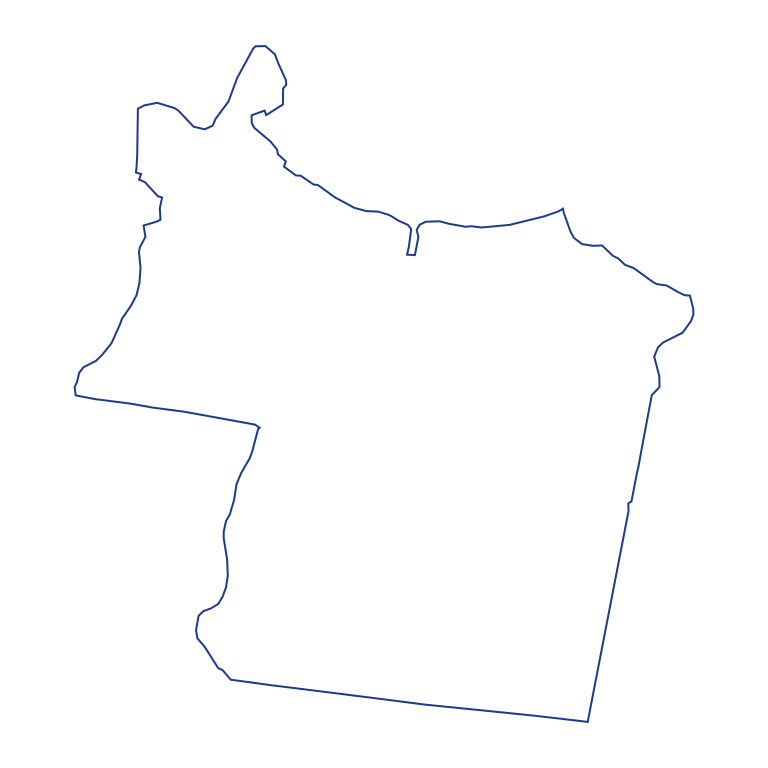 Central Honiara, Capital Territory (Honiara), Solomon Islands (Natural Earth projection)
{"feature_id": "97153195B38090868085036", "entity_name": "Central Honiara", "entity_type": "district", "adm_level": 2, "iso_a3": "SLB", "parent_name": "Solomon Islands", "parent_adm1": "Capital Territory (Honiara)", "projection": "natural_earth1", "projection_center": [159.962, -9.442], "detail": "fine", "context": "isolated", "style": "outline", "palette": "blue", "viewbox_px": 768, "rotation_deg": 0, "n_neighbors": 0, "source": "geoboundaries", "source_scale": "gbopen_adm2", "svg_char_len": 2029}
<svg xmlns="http://www.w3.org/2000/svg" viewBox="0 0 768 768"><path d="M563.0,208.7L558.7,211.3L543.7,216.5L509.5,224.9L481.5,227.5L471.2,226.2L465.8,226.8L449.1,223.8L439.6,221.3L425.8,221.7L419.7,224.7L416.7,229.8L418.4,237.0L414.9,255.1L407.1,254.7L408.9,246.6L411.2,229.1L407.9,224.9L398.4,220.6L389.7,215.2L378.2,211.6L366.5,211.1L354.5,207.9L335.3,197.6L331.9,195.2L317.7,184.9L313.7,184.6L300.7,175.7L295.9,175.5L284.0,166.6L285.8,161.4L278.0,154.3L277.0,149.5L270.5,141.5L254.1,127.7L251.7,122.8L251.6,115.3L264.6,110.6L266.2,115.1L282.9,104.5L283.1,88.5L286.2,84.8L286.0,80.3L278.3,63.4L274.9,54.3L265.4,46.1L255.6,46.3L253.2,48.5L237.1,78.1L233.4,88.1L228.5,101.5L215.6,118.8L212.6,125.7L204.7,129.3L193.6,126.7L178.6,110.8L174.3,108.0L157.2,102.8L144.3,105.4L137.9,108.7L137.2,155.0L136.5,167.8L135.9,172.6L141.1,174.0L139.1,179.6L144.9,182.1L157.8,196.2L162.1,197.5L159.8,208.3L160.5,219.7L155.8,221.9L143.6,225.5L145.4,236.9L139.9,247.3L139.0,252.0L140.5,267.8L139.5,282.6L136.5,295.3L133.8,300.4L131.1,305.5L121.9,318.9L119.8,324.8L111.5,343.2L102.1,354.9L95.9,360.9L86.7,365.6L83.3,367.4L79.1,373.0L77.0,382.1L74.6,387.1L75.7,395.4L95.0,399.1L131.0,403.7L152.8,407.6L183.3,411.6L191.2,413.0L254.9,424.6L259.6,427.8L258.0,429.4L252.2,451.7L249.6,458.4L241.1,473.2L236.5,484.3L234.1,499.9L229.8,514.5L226.0,521.0L223.7,531.8L223.7,538.2L227.1,559.4L227.8,575.7L226.0,587.4L222.6,596.7L218.2,604.0L210.7,608.5L203.3,611.2L198.6,615.8L196.0,630.4L197.5,638.5L204.7,646.8L218.0,667.9L222.6,670.1L230.7,679.7L271.9,685.3L363.9,696.8L424.9,704.6L534.4,715.7L587.7,721.9L628.5,511.2L628.3,503.4L631.5,501.3L637.0,472.7L638.2,467.7L645.7,427.4L651.8,395.1L659.5,387.1L659.3,376.1L654.2,356.7L658.0,347.3L663.1,342.5L682.6,332.7L690.9,321.2L693.4,314.7L693.2,308.6L689.9,295.6L684.6,295.2L677.6,291.9L666.7,285.5L656.8,284.1L652.9,282.0L633.7,268.1L625.0,264.8L618.0,258.3L613.0,255.9L602.1,245.5L592.9,245.8L582.1,244.1L573.9,237.9L570.3,231.1L563.8,212.8L563.0,208.7Z" fill="none" stroke="#1e3a8a" stroke-width="2"/></svg>